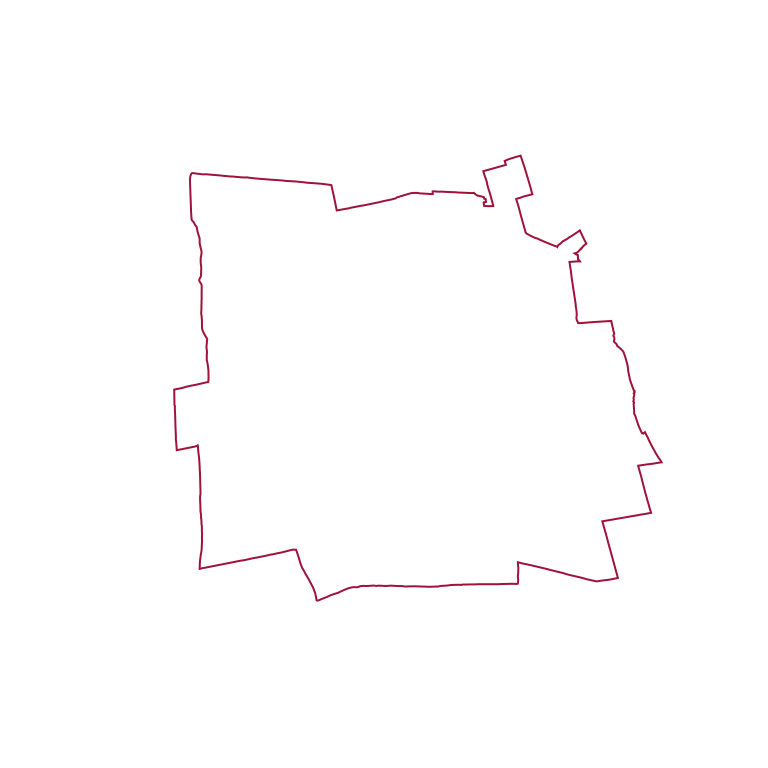 outline of Oprisor, Mehedinti, Romania, rotated 68°
{"feature_id": "2599482B3285510863665", "entity_name": "Oprisor", "entity_type": "district", "adm_level": 2, "iso_a3": "ROU", "parent_name": "Romania", "parent_adm1": "Mehedinti", "projection": "equal_earth", "projection_center": [23.062, 44.291], "detail": "fine", "context": "isolated", "style": "outline", "palette": "rose", "viewbox_px": 768, "rotation_deg": 68, "n_neighbors": 0, "source": "geoboundaries", "source_scale": "gbopen_adm2", "svg_char_len": 6153}
<svg xmlns="http://www.w3.org/2000/svg" viewBox="0 0 768 768"><g transform="rotate(68 384 384)"><path d="M486.4,624.2L486.7,621.5L487.3,618.7L489.6,606.7L494.1,583.2L495.0,579.5L496.6,569.9L497.4,566.3L498.9,558.3L499.7,553.2L500.1,551.6L501.0,546.4L501.8,542.3L502.9,534.0L503.5,530.3L504.8,527.6L512.0,528.0L519.4,528.7L523.7,528.8L525.6,528.4L529.7,528.0L537.4,526.9L546.1,526.0L551.6,526.1L554.8,526.6L559.2,527.5L559.6,527.3L559.7,527.1L560.1,526.1L560.1,524.7L560.0,522.4L560.1,516.6L559.9,513.8L559.9,510.1L560.4,504.9L560.2,502.1L560.1,499.7L560.0,497.2L560.0,494.7L560.2,491.7L560.9,488.4L562.5,484.7L562.6,483.7L562.5,483.0L562.5,481.8L563.6,478.3L564.5,476.5L565.4,474.1L566.6,470.3L567.0,469.1L568.4,466.7L568.9,464.6L569.6,463.2L570.2,461.7L571.3,459.5L572.6,456.2L573.4,453.5L576.4,447.1L578.3,442.6L579.5,440.6L580.5,438.1L581.3,435.8L583.1,431.2L589.1,417.7L591.5,411.1L591.7,410.8L591.9,410.3L592.5,407.0L594.3,401.7L595.1,398.8L595.5,397.1L595.9,395.9L598.5,389.0L599.3,387.6L599.3,386.7L599.4,386.3L602.6,377.9L604.1,374.1L605.0,371.4L612.6,352.7L613.0,351.3L617.0,340.7L618.3,337.6L619.1,335.8L619.3,335.3L619.3,335.0L619.0,334.6L617.9,333.9L616.6,333.3L615.5,332.8L613.7,332.4L612.3,331.9L611.8,331.7L610.5,330.9L609.1,330.2L605.5,328.6L604.5,328.2L602.7,327.8L599.4,326.6L601.8,323.5L607.3,315.3L613.0,307.3L616.6,302.2L618.7,299.5L626.6,288.5L630.0,284.3L636.0,275.7L638.2,272.6L641.3,268.7L646.5,261.1L646.7,260.3L647.0,259.7L647.1,258.9L647.9,255.6L649.8,248.5L650.3,246.2L651.4,239.8L630.5,237.3L615.5,235.6L610.3,234.9L593.1,233.0L595.2,223.3L601.6,193.6L602.2,190.9L603.5,184.6L598.4,184.2L594.2,183.7L588.9,183.2L586.3,182.8L582.9,182.5L566.0,180.2L555.7,179.1L555.0,178.9L556.6,172.1L558.9,163.4L559.9,158.7L560.6,156.0L557.9,156.3L555.6,157.0L550.1,157.9L542.2,158.9L534.7,159.5L533.0,159.5L526.4,160.1L527.1,162.0L526.5,162.4L526.5,163.0L525.9,163.3L519.3,163.6L515.4,163.5L507.2,162.9L505.4,163.2L504.3,162.9L503.5,162.4L495.9,160.0L495.7,159.6L495.0,159.1L493.5,159.4L493.1,158.9L492.3,158.3L490.6,158.0L488.0,156.1L487.5,156.1L487.0,155.8L486.1,155.9L486.0,155.7L486.2,155.4L486.0,155.1L485.8,155.2L485.6,155.1L485.2,154.6L484.6,154.4L484.4,154.7L484.0,154.4L483.6,154.7L482.8,154.8L472.7,154.4L463.8,152.8L459.3,151.5L456.0,150.9L448.3,150.1L443.4,150.0L439.3,151.7L435.8,153.6L434.4,153.4L430.7,154.9L430.0,154.5L428.7,153.6L428.1,153.3L426.6,153.0L425.5,153.3L425.0,153.2L424.4,152.6L423.7,151.7L420.6,151.4L418.0,150.8L416.3,150.7L413.9,150.2L412.0,150.0L411.1,149.6L410.7,149.6L405.1,166.4L400.9,179.8L400.2,181.2L399.0,181.1L397.5,181.3L396.2,181.2L394.7,180.8L392.5,179.6L389.9,178.6L386.6,177.7L384.8,177.3L383.5,177.1L382.7,176.6L356.6,170.4L348.4,168.2L340.3,166.3L341.7,162.0L342.9,158.4L343.7,156.4L342.3,156.8L341.1,157.4L337.0,156.0L335.8,157.3L334.3,158.3L334.5,156.9L334.4,156.0L334.3,155.2L332.9,151.9L332.1,150.3L332.3,150.2L331.9,149.6L330.5,146.8L329.6,143.8L325.0,144.3L314.9,144.9L315.5,147.1L316.4,151.5L316.8,153.4L317.2,155.4L317.5,157.8L318.1,159.7L318.2,160.4L318.3,161.8L318.7,164.9L319.7,167.2L320.5,170.2L320.7,170.6L321.8,172.0L321.4,172.1L319.8,174.1L315.5,178.6L308.9,185.2L306.4,187.5L305.1,189.2L303.3,190.9L301.1,192.9L298.2,195.2L297.2,195.8L296.5,195.9L279.2,194.0L270.0,192.8L262.0,192.2L262.0,190.4L262.2,189.3L262.4,188.3L262.4,185.5L262.5,183.7L262.7,182.8L263.2,178.9L263.6,175.4L254.4,174.3L242.9,173.2L236.3,172.6L223.5,171.8L223.0,175.6L222.4,182.7L222.3,185.9L222.4,188.6L226.5,188.9L225.8,195.1L224.8,204.1L223.9,212.2L228.0,212.6L233.2,212.8L234.3,212.9L236.5,213.2L237.4,213.5L242.5,214.1L247.4,214.4L255.4,215.4L258.6,215.8L260.0,216.1L257.5,222.2L256.5,224.4L254.8,224.1L253.1,223.6L252.9,223.2L253.4,222.1L253.4,221.3L250.7,220.4L249.8,221.6L248.2,221.4L246.0,224.2L244.2,226.9L242.5,228.0L240.4,229.1L240.1,230.5L238.7,233.7L235.8,240.0L234.5,243.0L233.0,245.9L228.9,255.0L227.8,257.2L225.8,262.1L224.9,263.8L223.9,265.8L223.7,266.5L223.7,266.8L226.2,267.7L220.6,279.5L219.3,281.5L218.0,284.8L217.4,286.5L217.0,289.1L216.3,296.8L216.1,297.8L216.1,300.0L215.8,302.0L216.2,303.3L216.2,304.1L215.7,307.9L214.7,313.5L214.5,314.4L213.8,318.9L213.6,320.6L210.6,336.8L210.3,337.7L208.1,349.0L207.9,351.0L207.1,354.4L206.1,359.5L205.4,362.8L191.4,360.2L179.8,358.3L174.8,367.2L168.3,380.4L166.4,383.8L162.6,391.1L159.0,398.8L157.1,402.2L151.7,413.3L146.5,423.7L145.2,426.3L141.7,432.7L141.3,433.2L140.0,436.6L138.5,439.7L135.8,445.0L135.1,446.2L134.4,447.8L133.6,449.6L131.8,452.9L131.0,454.6L129.3,457.7L122.7,470.8L122.2,472.0L122.0,472.9L121.8,473.4L117.5,481.1L116.6,482.8L116.6,483.3L116.9,483.9L117.5,484.6L119.2,486.0L122.4,487.6L136.2,492.6L153.3,498.8L158.0,500.3L159.4,500.8L160.1,500.8L161.4,500.3L162.6,499.9L166.6,499.4L168.0,498.9L168.4,498.9L171.7,499.6L173.5,499.9L179.7,500.4L181.8,501.1L183.9,502.0L185.0,502.3L189.1,503.0L191.1,503.2L192.8,503.6L193.5,503.8L195.0,504.5L198.2,506.6L200.3,507.5L203.1,508.6L207.3,509.7L214.6,512.9L215.4,513.4L216.0,513.9L217.1,515.2L217.5,515.7L218.1,516.2L219.1,516.6L219.8,516.6L222.6,516.0L223.5,516.0L224.9,516.3L231.3,519.0L236.3,521.0L236.8,521.1L238.2,521.9L241.0,523.0L243.0,524.0L244.0,524.3L247.8,526.0L249.6,526.9L250.1,527.1L252.7,527.7L256.6,528.9L263.2,531.5L264.2,531.8L265.7,532.1L267.0,532.2L272.2,531.7L275.2,531.2L276.1,531.2L276.6,531.3L277.4,531.8L280.0,533.1L282.0,534.2L283.1,534.7L284.3,535.1L287.9,536.1L290.1,537.1L291.2,537.7L293.1,538.4L295.4,539.4L296.7,539.5L300.9,540.4L305.4,541.6L312.6,544.4L316.3,546.1L315.6,550.1L314.2,559.1L313.3,563.3L312.6,567.6L311.9,573.6L311.0,578.3L310.6,580.6L311.9,581.1L325.2,586.2L326.0,586.1L327.1,586.5L327.7,586.9L328.3,587.1L333.8,589.0L347.0,593.9L355.5,596.9L356.9,597.6L360.2,598.5L367.7,600.9L368.9,595.1L369.0,594.1L371.1,583.2L371.3,580.4L371.1,579.7L372.0,579.9L376.8,581.4L383.8,583.3L389.3,585.1L394.1,586.8L397.4,587.9L413.8,594.0L417.8,595.6L419.0,596.5L422.2,597.8L427.9,599.8L433.5,601.9L435.2,602.3L436.9,602.7L439.4,603.7L441.8,604.3L445.7,605.7L447.5,606.1L453.1,608.3L454.5,608.7L457.9,610.2L462.0,611.8L468.7,614.9L470.3,615.7L473.3,617.6L479.0,620.8L481.2,621.9L486.4,624.2Z" fill="none" stroke="#9f1239" stroke-width="2"/></g></svg>